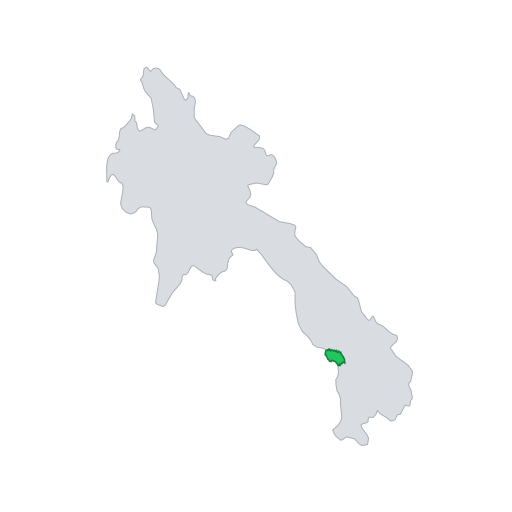 Lakhonepheng, Saravan, Laos shown in context, rotated 350°
{"feature_id": "54806243B33951699195054", "entity_name": "Lakhonepheng", "entity_type": "district", "adm_level": 2, "iso_a3": "LAO", "parent_name": "Laos", "parent_adm1": "Saravan", "projection": "equal_earth", "projection_center": [105.622, 15.821], "detail": "fine", "context": "in_parent", "style": "filled", "palette": "green", "viewbox_px": 512, "rotation_deg": 350, "n_neighbors": 0, "source": "geoboundaries", "source_scale": "gbopen_adm2", "svg_char_len": 7255}
<svg xmlns="http://www.w3.org/2000/svg" viewBox="0 0 512 512"><g transform="rotate(350 256 256)"><path d="M194.1,56.3L196.0,60.8L205.1,73.0L206.6,76.3L210.0,78.8L212.7,89.6L213.9,90.2L215.4,89.5L216.6,88.0L217.5,83.8L218.2,83.4L219.2,86.8L221.7,87.8L222.8,89.3L223.2,91.9L222.8,94.6L220.6,100.8L219.2,109.0L228.1,126.7L231.8,129.2L240.8,132.0L246.8,136.0L249.6,135.0L252.3,130.6L255.6,128.2L261.6,124.4L263.3,124.2L266.7,125.7L272.1,130.1L280.3,138.4L280.0,140.6L278.5,142.7L274.1,146.0L272.7,148.1L273.5,148.9L277.2,149.4L281.6,151.3L282.9,153.5L283.6,158.4L284.4,159.3L288.4,158.8L289.7,159.5L291.1,161.1L292.5,165.2L292.5,168.3L288.5,173.7L288.0,176.9L285.9,180.8L280.4,187.3L278.9,187.7L268.8,184.1L260.7,184.6L260.0,186.0L261.3,189.9L261.7,193.8L260.5,196.7L255.8,200.6L255.6,202.2L256.6,204.0L263.3,207.5L284.9,226.2L294.7,229.8L299.1,232.1L300.2,233.5L300.1,235.1L299.0,237.2L298.0,240.9L298.0,243.1L299.0,245.2L300.8,248.4L306.8,255.5L311.3,257.2L315.9,265.4L317.3,272.6L319.6,277.2L330.8,292.7L340.2,302.2L345.8,312.5L348.6,314.8L349.4,318.5L350.2,329.4L353.4,334.8L354.1,337.0L355.5,338.6L357.1,338.9L360.4,335.4L361.1,335.9L362.6,341.6L363.9,343.7L368.9,347.2L374.2,354.1L377.1,356.7L380.7,358.6L381.2,360.8L380.5,363.0L379.4,364.5L373.3,368.5L372.4,370.2L376.5,379.1L386.8,390.0L390.0,396.6L389.3,399.8L386.5,406.2L384.4,407.9L383.8,409.9L385.4,415.1L385.3,423.2L383.3,425.1L381.5,430.1L380.3,430.4L377.1,428.7L370.6,437.1L367.7,436.7L364.4,441.5L360.2,442.1L357.2,438.5L351.0,432.9L348.7,429.3L346.8,432.4L343.5,435.3L338.8,434.3L337.5,438.5L336.6,439.3L331.0,440.0L329.9,440.7L330.8,444.6L334.2,451.2L335.2,454.9L333.1,461.1L327.3,461.0L324.6,458.4L321.3,453.2L313.8,449.8L308.8,452.1L307.3,452.0L303.6,447.6L302.2,444.8L301.3,440.6L307.0,437.1L309.9,434.5L311.8,431.7L312.6,428.7L313.5,416.5L314.4,412.2L313.9,406.9L312.4,402.8L312.4,396.6L313.2,391.5L315.4,389.0L316.9,385.4L317.8,377.3L317.1,375.2L315.0,373.2L311.4,371.3L309.1,368.9L308.2,366.0L308.3,363.5L309.4,361.3L306.7,358.9L300.1,356.2L296.5,353.0L295.7,349.3L293.0,344.3L288.4,338.3L285.9,329.5L285.7,318.2L286.3,308.9L288.3,298.2L285.6,290.4L282.6,286.4L278.5,283.4L274.5,279.1L270.7,273.5L266.3,265.2L261.0,254.3L257.5,249.4L255.7,250.5L251.9,249.5L246.1,246.3L241.1,244.6L236.8,244.4L234.0,245.1L232.7,246.7L232.6,248.4L233.6,250.0L233.1,251.3L230.8,252.2L229.0,254.0L226.9,258.0L225.5,263.3L223.3,265.3L220.0,265.7L216.7,267.2L213.5,269.8L212.0,271.7L212.2,273.1L211.5,273.4L209.9,272.6L209.2,270.9L209.3,268.1L207.6,266.3L204.3,265.4L200.5,262.4L193.3,254.9L191.6,254.5L189.2,256.5L186.1,260.7L183.5,262.4L181.5,261.5L179.9,263.0L178.8,266.9L176.8,269.9L166.9,278.1L158.1,288.6L155.8,289.6L150.5,286.6L148.9,284.6L156.4,263.0L157.5,257.8L157.3,250.9L154.3,245.1L154.2,243.5L154.7,241.7L158.5,235.0L162.9,217.9L162.7,212.6L160.9,206.7L159.9,201.1L160.8,193.6L160.5,190.6L158.5,189.2L151.9,187.7L148.0,188.9L146.2,190.9L143.9,192.2L139.7,192.9L135.7,190.4L132.5,186.1L131.7,180.7L136.0,169.3L137.1,164.9L137.0,162.8L136.3,160.7L135.3,160.4L133.2,157.7L131.2,152.9L129.3,150.8L127.4,151.2L125.7,153.0L122.9,157.4L122.0,156.9L124.6,141.1L127.0,134.4L129.8,131.3L132.7,130.0L135.7,130.5L138.3,129.9L140.3,128.3L140.1,127.3L137.7,127.1L136.8,125.3L137.3,122.0L138.4,119.8L140.1,118.8L141.8,115.4L143.4,109.7L145.3,106.8L147.5,106.7L151.4,104.2L156.8,99.4L158.9,94.7L160.9,96.9L160.1,102.3L161.2,103.4L161.7,105.4L161.3,108.4L161.8,111.0L162.6,112.2L163.8,112.9L169.5,110.7L173.0,110.5L178.7,114.5L182.1,111.5L182.2,110.4L179.4,106.7L180.4,92.9L180.1,82.5L175.5,74.7L174.6,71.6L174.1,66.6L172.8,62.3L176.2,58.8L178.1,52.4L180.5,50.9L181.2,51.1L184.1,55.9L187.7,53.5L190.5,53.5L192.9,54.8L194.1,56.3Z" fill="#d9dde1" stroke="#a8b0b8" stroke-width="1"/><path d="M324.9,376.8L325.0,376.6L325.0,376.4L325.0,376.2L324.7,375.9L324.7,375.7L324.8,375.5L325.0,375.3L325.1,375.2L325.1,374.9L325.0,374.5L325.0,373.9L325.1,373.4L325.1,373.2L325.2,372.9L325.2,372.6L325.1,372.4L324.8,372.1L324.6,371.8L324.6,371.7L324.6,371.4L324.6,370.9L324.5,370.6L324.5,370.4L324.4,370.4L324.4,370.2L324.2,370.1L324.1,369.9L323.9,369.7L323.8,369.4L323.8,369.2L323.7,368.6L323.6,368.4L323.4,368.2L323.1,368.2L322.9,368.0L322.9,367.8L323.0,367.7L322.9,367.6L323.0,367.5L322.9,367.2L323.0,367.0L323.0,366.9L323.0,366.7L322.9,366.5L322.8,366.3L322.8,366.2L322.7,365.9L322.7,365.7L322.5,365.8L322.4,365.8L322.3,365.6L322.2,365.6L322.1,365.4L321.7,365.3L321.7,365.2L321.8,365.2L321.7,365.1L321.4,365.1L321.3,364.8L321.3,364.7L321.1,364.8L321.0,364.7L321.0,364.8L320.9,365.0L320.8,364.9L320.6,365.1L320.4,365.0L320.0,365.1L319.9,364.9L319.7,364.8L319.8,364.6L319.8,364.3L319.8,364.2L319.7,364.2L319.6,364.4L319.5,364.5L319.4,364.6L319.3,364.4L319.4,364.2L319.2,364.3L319.0,364.1L319.0,363.9L318.9,363.7L318.8,363.9L318.5,364.1L318.4,364.1L318.4,363.8L318.2,364.1L318.0,363.9L318.0,363.7L317.8,363.6L317.8,363.4L317.8,363.2L317.7,363.1L317.6,363.3L317.3,363.4L317.2,363.4L317.2,363.1L316.9,362.9L317.0,362.8L317.2,362.7L316.8,362.5L316.8,362.4L316.7,362.4L316.7,362.5L316.5,362.4L316.4,362.5L316.2,362.7L315.8,362.5L315.7,362.7L315.3,362.4L315.2,362.1L314.8,362.2L314.7,362.1L314.5,362.4L314.4,362.4L314.2,362.2L314.1,361.9L314.1,361.7L313.9,361.6L313.8,361.9L313.6,361.8L313.6,361.6L313.4,361.7L313.3,361.8L313.3,361.7L313.2,361.7L312.9,361.6L312.8,361.8L312.7,361.6L312.6,361.2L312.5,360.8L312.4,360.6L312.3,360.4L312.1,360.5L311.9,360.8L311.7,360.7L311.6,360.8L311.6,361.0L311.4,360.8L311.5,360.6L311.4,360.5L311.2,360.7L311.1,360.8L310.9,360.8L310.9,361.0L311.0,361.0L310.9,361.1L310.8,361.4L310.7,361.4L310.6,361.1L310.4,361.0L310.4,361.3L310.2,361.2L309.9,361.3L309.7,361.4L309.3,361.3L308.9,361.1L308.5,361.5L308.3,361.5L308.2,361.6L308.3,361.7L308.2,361.9L308.2,362.0L308.0,362.3L307.7,363.1L307.4,363.4L307.3,363.7L307.3,363.8L307.2,364.3L307.1,364.5L307.1,364.8L307.1,365.2L307.1,365.5L307.3,365.6L307.5,365.6L307.5,365.8L307.7,366.0L307.7,366.3L307.9,366.7L307.9,366.9L308.0,367.2L308.1,367.5L308.3,368.0L308.4,368.3L308.5,368.5L308.7,368.8L308.7,369.0L308.8,369.4L308.8,369.5L308.8,369.9L308.8,370.0L309.0,370.3L309.2,370.6L309.4,370.6L309.5,370.6L309.7,370.8L309.8,370.9L309.9,371.0L309.8,371.3L309.8,371.6L310.0,371.9L310.3,372.3L310.3,372.5L310.6,372.6L311.0,372.8L311.4,373.0L311.6,373.0L311.6,372.9L311.7,372.7L312.0,372.4L312.5,372.0L312.6,371.9L312.9,371.9L313.0,372.0L313.2,372.4L313.5,372.5L313.8,372.8L314.0,372.8L314.3,372.7L314.5,372.7L314.6,372.8L314.8,373.2L314.9,373.4L315.1,373.4L315.5,373.6L315.8,373.8L316.0,373.9L316.2,374.1L316.3,374.2L316.4,374.5L316.5,375.2L316.6,375.5L316.8,375.8L317.0,376.0L317.2,376.3L317.3,376.3L317.4,376.6L317.5,376.9L317.6,377.2L317.6,377.8L317.6,378.1L317.6,378.3L317.7,378.1L317.8,378.2L317.9,378.3L318.0,378.2L318.3,378.0L318.3,377.9L318.5,377.7L318.8,377.6L319.0,377.6L319.1,377.8L319.2,377.7L319.3,377.8L319.3,377.7L319.5,377.4L319.5,377.5L319.5,377.4L319.5,377.5L319.8,377.6L320.0,377.7L320.0,377.8L320.3,377.9L320.5,377.7L320.5,377.8L320.6,377.7L320.7,377.1L320.8,376.9L321.0,376.8L321.1,376.7L321.8,376.6L322.3,376.8L322.4,376.6L322.5,376.1L322.7,375.9L322.8,375.8L322.9,375.7L323.1,375.6L323.5,375.9L323.7,376.0L323.9,376.1L324.2,376.2L324.4,376.4L324.6,376.5L324.8,376.6L324.9,376.8Z" fill="#22c55e" stroke="#15803d" stroke-width="1.5"/></g></svg>